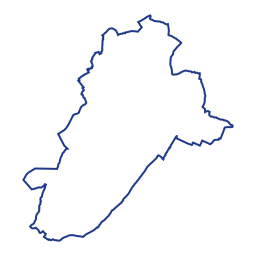 the district of Rosia De Secas, Alba, Romania
{"feature_id": "2599482B90231933862617", "entity_name": "Rosia De Secas", "entity_type": "district", "adm_level": 2, "iso_a3": "ROU", "parent_name": "Romania", "parent_adm1": "Alba", "projection": "orthographic", "projection_center": [23.873, 46.048], "detail": "fine", "context": "isolated", "style": "outline", "palette": "blue", "viewbox_px": 256, "rotation_deg": 0, "n_neighbors": 0, "source": "geoboundaries", "source_scale": "gbopen_adm2", "svg_char_len": 5658}
<svg xmlns="http://www.w3.org/2000/svg" viewBox="0 0 256 256"><path d="M105.3,219.0L108.5,215.9L109.2,214.9L110.7,212.7L111.8,210.8L112.2,210.3L112.4,210.1L113.3,209.8L115.5,207.7L120.1,203.7L121.4,202.9L121.5,202.2L122.7,201.2L123.5,198.9L125.6,197.0L128.7,193.5L130.9,189.5L132.2,187.4L134.6,184.2L136.9,181.5L144.4,171.6L146.3,168.7L147.2,166.9L149.3,165.0L149.5,164.6L150.0,164.2L153.3,161.2L156.2,158.3L157.0,157.4L157.2,156.7L157.3,156.4L157.6,156.2L158.0,155.9L158.2,155.4L158.5,155.3L160.2,156.3L161.0,156.9L162.1,158.1L162.6,158.4L162.7,159.0L163.3,159.5L163.6,158.8L163.5,158.1L163.6,157.7L164.2,156.7L164.6,156.2L164.9,156.0L165.5,155.2L165.3,154.8L165.4,154.3L165.8,153.6L166.1,153.4L166.2,153.0L166.6,152.7L166.9,152.1L167.6,150.8L168.9,148.6L169.0,148.6L169.2,148.4L169.5,148.3L169.4,147.9L169.4,147.7L169.6,147.7L169.8,147.3L170.3,147.2L170.4,146.4L171.0,145.0L172.1,143.3L175.8,137.2L176.6,136.1L176.8,136.1L176.8,138.4L187.6,143.5L191.3,144.8L192.0,144.9L192.2,144.7L192.7,143.0L192.9,142.6L193.0,142.6L195.5,143.6L196.4,144.1L199.6,145.5L199.8,145.6L200.9,143.6L202.2,140.6L208.1,143.2L210.2,144.3L212.3,142.6L213.3,141.2L213.9,140.3L214.3,140.0L215.8,139.8L217.7,139.7L218.0,139.7L218.2,139.9L218.5,139.9L218.7,139.7L218.8,139.0L219.1,138.4L220.4,138.7L220.6,138.5L223.1,132.2L224.8,127.5L225.0,127.4L227.6,127.1L231.6,127.1L232.4,126.9L232.6,126.3L232.6,125.5L231.9,125.0L230.9,124.8L229.8,124.0L229.4,123.3L229.1,122.6L228.8,122.4L228.5,122.3L227.5,121.4L226.7,121.0L226.2,120.9L224.9,120.2L224.0,120.4L222.9,119.6L221.1,119.6L220.1,119.4L216.9,118.0L216.2,117.3L214.6,117.5L213.6,117.2L212.4,116.5L211.9,116.5L211.4,116.7L209.8,115.7L209.5,115.4L209.3,114.8L209.2,114.0L209.3,113.4L209.7,112.2L209.6,111.8L208.9,111.6L208.1,111.1L207.2,111.1L206.0,111.6L205.1,112.1L205.0,110.8L205.1,109.9L204.8,108.9L204.5,108.5L204.2,108.3L203.3,107.6L202.7,107.3L202.5,106.9L203.9,104.5L204.5,102.7L204.7,101.3L204.8,97.5L205.3,96.5L205.4,96.0L204.8,94.0L204.4,91.1L204.1,89.9L203.8,88.7L203.1,87.0L202.2,83.9L201.2,82.0L201.2,80.1L201.1,79.5L199.2,78.7L199.5,77.7L199.8,75.2L199.8,73.5L199.7,73.2L198.6,73.6L198.1,73.2L197.1,72.7L195.4,72.9L195.0,72.8L194.6,71.9L194.1,72.2L191.9,72.3L191.5,71.7L190.9,71.5L189.6,71.3L188.9,71.3L187.2,70.8L185.6,70.6L184.9,70.7L181.9,71.8L178.4,73.8L177.5,74.1L176.7,74.3L173.3,74.7L172.8,74.5L172.2,74.1L171.9,70.9L171.5,68.2L170.6,65.8L170.3,64.3L170.4,61.8L170.8,57.6L171.1,56.9L172.0,55.6L172.9,54.5L173.2,53.0L173.6,51.4L178.0,46.1L180.0,44.4L181.2,42.8L180.8,42.4L176.3,38.9L176.1,38.6L175.7,38.5L174.7,38.0L172.8,36.8L170.9,35.8L168.8,35.2L168.4,34.9L168.6,33.7L168.8,31.0L168.7,29.3L168.6,28.1L167.9,24.1L166.6,24.4L166.1,24.3L163.9,23.1L163.2,22.4L161.7,22.3L159.6,21.5L159.0,21.4L157.7,21.4L154.8,21.1L154.3,21.0L153.2,20.3L152.2,19.8L150.6,19.3L150.1,18.9L149.9,18.4L150.5,16.9L150.6,16.3L150.5,15.7L150.2,15.4L147.7,16.5L146.4,17.2L144.4,18.7L140.6,20.9L138.2,22.0L141.7,27.4L137.8,31.7L136.2,31.4L132.4,31.1L131.4,31.1L127.1,32.2L125.1,32.5L125.0,33.2L122.6,33.3L122.0,33.8L120.6,33.9L119.4,34.2L118.1,35.0L117.6,33.7L116.1,30.8L115.6,30.2L113.6,29.0L112.1,28.3L109.4,28.7L108.5,29.4L106.1,32.2L105.5,32.6L103.5,34.4L102.9,34.8L102.3,35.4L103.3,36.1L103.0,37.2L103.1,37.6L102.8,38.4L102.8,38.6L103.2,38.7L103.2,39.7L102.8,40.2L102.6,40.8L102.5,41.8L102.5,43.7L102.4,44.8L102.2,47.9L102.3,49.7L102.1,50.9L101.8,51.4L101.3,51.8L101.3,53.3L99.6,54.1L99.1,52.7L98.9,52.3L98.5,51.9L98.0,52.2L98.1,52.4L96.4,52.5L95.4,52.9L95.6,53.2L94.9,53.9L92.1,58.1L92.3,59.0L91.9,59.3L91.8,60.4L91.5,61.1L91.2,61.0L91.0,61.3L92.1,63.6L92.6,65.2L92.6,66.6L91.8,66.9L91.9,67.7L91.5,67.8L91.6,68.2L90.7,68.6L90.0,68.6L89.5,68.8L89.1,68.6L88.0,68.8L87.8,69.0L87.6,69.5L88.0,69.9L87.4,69.9L88.8,72.4L85.2,74.3L84.7,74.4L84.4,74.9L83.9,75.0L82.9,75.6L82.5,76.1L81.2,76.6L80.8,77.2L78.7,78.7L79.5,80.0L78.3,80.7L83.6,87.4L82.5,88.1L83.9,90.1L82.4,91.7L81.6,93.4L81.5,94.4L82.2,94.5L82.7,94.7L83.5,97.5L84.8,98.4L86.3,102.7L85.3,104.2L84.8,104.4L82.3,105.8L81.1,107.1L80.4,108.4L79.7,110.3L79.3,111.2L78.7,112.8L78.4,113.1L77.6,113.5L74.9,114.3L73.4,114.9L68.4,124.7L66.1,128.2L63.9,130.4L62.6,131.1L58.2,133.9L64.2,145.6L65.3,146.6L67.4,148.7L66.3,148.8L65.8,149.6L64.9,150.4L63.7,152.3L62.8,153.1L62.4,153.6L62.0,155.2L61.6,155.8L60.5,158.1L60.2,159.4L60.0,160.7L59.3,163.0L58.3,164.4L58.0,166.7L57.5,167.5L57.1,168.9L35.2,168.5L29.0,172.2L27.9,173.1L26.5,174.5L23.4,179.9L31.7,189.4L35.0,188.6L38.0,187.6L39.7,187.4L40.8,187.6L41.5,187.4L42.6,186.8L43.9,185.5L44.7,185.0L45.1,184.2L45.9,184.6L45.3,186.0L45.3,186.3L45.0,186.9L45.0,187.6L44.7,188.3L44.7,188.7L44.4,189.0L42.7,192.9L41.8,196.8L40.8,197.6L40.4,198.6L40.4,199.7L40.7,200.1L40.5,200.6L40.9,201.3L40.5,201.6L40.6,202.4L40.3,202.8L40.5,204.0L39.7,204.8L39.6,205.4L39.2,205.7L39.2,206.3L39.2,207.0L39.4,207.4L39.3,207.8L39.4,208.2L39.2,208.7L39.1,209.5L39.3,210.7L39.0,211.4L36.5,214.9L36.1,216.3L35.9,217.7L36.0,218.4L35.8,219.4L35.4,220.3L34.8,221.2L34.0,223.3L33.5,223.8L32.2,224.5L30.8,225.6L30.4,226.4L30.2,226.6L31.2,227.7L32.0,228.3L32.7,228.4L34.9,228.2L35.8,227.8L36.1,227.8L37.3,229.1L38.5,230.2L39.4,232.3L39.9,232.9L40.7,232.9L41.1,232.7L41.9,232.0L43.0,231.2L44.3,232.7L45.0,233.4L45.8,234.0L44.7,236.0L44.0,236.6L43.9,237.0L48.5,239.9L49.2,239.3L50.9,240.3L52.9,239.3L54.3,240.0L58.1,240.6L59.6,240.6L61.2,239.5L63.0,237.9L67.2,236.3L68.7,235.5L70.3,235.2L73.7,235.2L75.8,235.8L83.3,236.8L84.1,236.0L85.7,234.6L94.2,230.0L94.4,229.6L94.9,229.3L97.1,227.4L97.6,227.6L98.6,226.7L98.5,226.4L100.6,223.6L101.3,222.5L101.6,222.2L101.9,221.8L102.7,221.2L103.5,220.8L104.6,219.8L105.1,219.6L105.3,219.0Z" fill="none" stroke="#1e3a8a" stroke-width="2"/></svg>